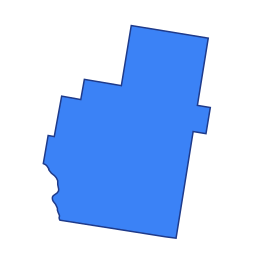 Columbiana, Ohio, United States of America, rotated 99°
{"feature_id": "52423323B72409574475457", "entity_name": "Columbiana", "entity_type": "district", "adm_level": 2, "iso_a3": "USA", "parent_name": "United States of America", "parent_adm1": "Ohio", "projection": "natural_earth1", "projection_center": [-80.666, 40.756], "detail": "fine", "context": "isolated", "style": "filled", "palette": "blue", "viewbox_px": 256, "rotation_deg": 99, "n_neighbors": 0, "source": "geoboundaries", "source_scale": "gbopen_adm2", "svg_char_len": 763}
<svg xmlns="http://www.w3.org/2000/svg" viewBox="0 0 256 256"><g transform="rotate(99 128 128)"><path d="M106.9,198.5L148.0,199.5L147.9,205.7L176.4,206.1L177.1,203.7L178.3,202.0L180.9,199.7L181.4,199.8L182.2,199.2L184.6,196.6L186.6,193.1L188.4,191.0L191.0,189.2L195.0,188.5L199.3,186.9L201.1,186.8L202.8,187.6L203.5,188.1L206.5,191.2L207.9,191.8L209.0,191.8L210.7,191.3L212.2,190.3L214.7,187.6L218.2,185.2L220.1,184.9L222.3,183.8L224.8,182.2L225.7,181.9L227.3,182.0L228.6,181.6L229.7,180.8L229.6,111.8L229.6,107.8L229.6,86.3L229.6,85.9L229.6,85.3L229.6,73.6L229.3,63.6L229.3,63.3L121.3,63.1L121.4,50.1L94.9,49.9L94.8,63.0L26.7,62.8L26.7,64.0L26.3,140.8L87.2,141.2L86.8,178.7L107.3,179.1L106.9,198.5Z" fill="#3b82f6" stroke="#1e3a8a" stroke-width="1.5"/></g></svg>